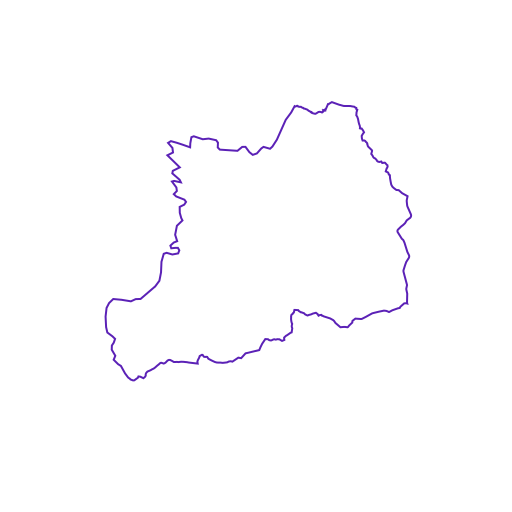 the district of Mataojo, Salto, Uruguay, rotated 44°
{"feature_id": "84410073B62667740173321", "entity_name": "Mataojo", "entity_type": "district", "adm_level": 2, "iso_a3": "URY", "parent_name": "Uruguay", "parent_adm1": "Salto", "projection": "albers", "projection_center": [-56.339, -31.222], "detail": "fine", "context": "isolated", "style": "outline", "palette": "violet", "viewbox_px": 512, "rotation_deg": 44, "n_neighbors": 0, "source": "geoboundaries", "source_scale": "gbopen_adm2", "svg_char_len": 5813}
<svg xmlns="http://www.w3.org/2000/svg" viewBox="0 0 512 512"><g transform="rotate(44 256 256)"><path d="M114.2,235.7L120.8,236.3L124.4,239.2L122.3,245.1L139.6,245.2L137.0,252.5L138.4,254.7L148.1,254.2L150.8,255.2L144.9,258.9L143.8,260.8L151.1,262.0L153.9,264.2L153.9,268.6L157.2,268.6L165.4,265.2L168.1,265.7L168.7,268.9L167.0,273.7L171.2,277.9L176.0,280.7L178.4,281.5L178.1,289.2L183.1,296.9L189.0,300.1L187.5,303.4L187.2,308.0L189.7,309.3L192.3,306.2L194.2,304.4L196.9,305.2L198.2,308.2L194.8,313.0L189.5,315.8L188.1,318.5L192.0,325.8L199.1,333.8L203.7,340.9L204.6,347.8L202.8,367.1L199.4,370.6L197.5,375.5L189.7,380.9L183.2,386.1L183.0,391.9L184.6,397.2L189.9,404.1L197.6,411.3L202.2,414.3L208.5,413.5L212.2,413.5L213.9,417.2L214.5,420.5L217.3,423.6L224.1,425.5L225.7,429.5L232.0,429.6L235.2,428.9L243.3,431.4L248.2,432.2L249.0,432.2L250.3,431.9L251.5,432.0L252.4,431.6L254.0,430.9L254.8,430.0L255.6,425.6L255.1,424.3L256.6,423.2L259.9,422.1L260.1,420.1L259.8,418.7L258.8,417.7L258.3,416.6L258.2,415.5L258.2,414.5L259.2,412.2L259.6,411.1L260.0,409.6L260.6,408.1L260.9,406.3L261.1,403.4L261.4,401.3L261.4,400.6L261.5,399.5L261.9,398.7L263.2,398.0L264.3,397.5L264.7,396.7L265.0,395.6L265.0,393.9L265.0,392.6L265.5,391.3L266.5,390.4L269.2,389.6L270.4,389.4L271.6,388.3L272.6,387.2L274.1,386.0L274.9,384.9L276.0,383.7L277.6,382.3L278.8,381.4L280.0,380.4L281.7,379.3L288.8,373.9L287.3,372.8L286.6,371.5L285.7,368.5L285.0,367.1L285.7,364.7L286.3,364.2L287.3,364.5L288.6,364.6L289.6,363.9L290.2,363.1L291.0,362.5L293.1,363.0L294.9,362.5L296.9,361.9L300.1,360.8L301.9,359.8L304.6,357.3L306.3,356.0L309.1,352.6L309.8,350.7L311.0,349.2L312.4,348.4L313.9,341.4L316.3,339.8L316.1,333.3L323.7,321.4L322.6,318.6L321.4,314.9L320.4,309.3L322.5,307.5L323.8,307.4L324.9,306.8L325.7,306.0L326.5,303.9L327.1,303.1L328.1,302.6L328.6,302.0L329.0,301.2L330.6,299.7L333.7,299.0L334.7,296.7L333.1,295.4L332.9,295.1L333.0,292.6L333.4,291.3L334.2,287.2L334.7,286.2L332.3,282.8L330.9,282.1L330.0,281.1L329.2,279.7L328.2,279.3L326.9,278.5L325.1,277.1L323.5,275.3L323.1,275.0L322.3,273.5L322.6,272.0L322.3,271.3L322.5,270.4L321.1,268.1L322.1,267.2L324.0,265.6L324.8,265.8L325.0,265.8L327.5,265.3L327.9,264.8L328.4,264.7L330.1,263.9L330.4,263.8L331.4,263.9L331.7,263.9L333.4,263.4L334.1,263.1L334.5,262.9L334.9,261.8L336.2,259.7L336.9,257.9L338.5,255.3L338.6,255.2L339.6,255.2L340.3,254.9L342.4,255.5L342.5,255.5L342.7,254.5L343.8,253.1L344.0,252.9L344.9,253.1L345.0,253.1L345.8,252.6L346.6,252.4L352.7,249.4L356.1,248.5L357.4,248.5L359.7,249.0L362.7,248.8L366.2,248.6L368.1,246.4L369.4,245.1L371.3,243.7L371.5,243.1L371.4,242.4L371.3,241.1L371.5,237.0L370.5,235.8L370.5,235.3L371.0,232.0L375.4,228.3L375.7,227.9L375.9,227.5L377.3,223.5L379.4,216.6L380.1,215.4L383.2,210.5L386.0,206.4L387.7,205.1L388.9,204.5L390.4,204.0L390.6,203.9L390.7,203.7L391.8,200.3L394.5,194.9L394.9,194.4L395.5,193.5L395.1,192.2L395.5,187.4L395.5,187.2L395.8,186.8L396.1,186.4L397.4,185.3L397.8,185.1L397.3,184.8L396.8,184.4L391.0,178.1L387.3,175.6L386.8,175.1L384.9,172.1L384.4,171.7L373.1,164.9L372.4,164.3L372.0,163.8L369.6,159.0L368.2,155.9L367.3,151.4L367.1,150.8L366.7,150.1L366.1,149.5L365.6,149.2L362.0,147.9L353.6,143.3L351.4,142.4L350.7,142.2L348.9,142.3L341.3,140.4L340.9,140.2L340.4,139.8L340.0,139.2L339.9,138.9L339.8,138.3L339.9,134.2L340.3,131.4L340.4,129.5L340.4,128.8L339.7,125.8L339.8,124.9L340.3,121.8L340.4,121.4L340.3,121.0L340.2,120.4L340.0,119.9L339.6,119.3L339.2,118.9L338.4,118.4L330.8,115.3L330.2,115.0L329.7,114.7L326.6,112.1L325.8,111.3L325.5,110.9L323.5,107.7L317.5,109.3L312.9,109.5L311.1,111.0L307.8,111.4L305.9,111.4L303.7,110.7L301.1,108.9L298.5,107.0L296.8,105.5L296.4,105.1L296.2,105.1L296.1,104.9L295.9,104.9L295.5,104.9L295.3,105.0L294.9,105.1L294.1,104.6L293.0,104.2L290.6,105.0L289.1,102.2L289.1,101.8L289.1,101.6L288.6,100.3L287.7,99.6L287.5,99.4L286.6,99.5L284.2,99.3L283.8,99.4L283.7,99.5L282.2,101.4L280.5,101.0L279.4,102.7L278.1,103.4L276.9,103.5L275.8,103.1L273.7,103.1L272.6,103.5L271.6,103.4L270.6,103.0L269.4,102.7L268.0,102.5L266.7,100.1L266.2,99.5L265.7,99.4L260.8,99.4L259.8,99.1L258.6,98.3L258.4,98.3L258.2,98.2L257.8,97.7L256.8,97.5L255.7,97.6L255.0,97.4L254.5,97.4L253.6,97.7L252.9,98.5L252.5,98.9L250.9,98.1L250.2,97.6L248.6,96.2L248.1,94.3L247.8,92.0L245.7,91.3L243.4,90.9L242.6,91.8L242.1,92.0L241.6,91.3L240.1,90.2L239.8,90.0L239.0,89.7L237.1,88.6L236.1,87.9L234.1,86.5L232.1,85.5L230.4,85.1L229.7,84.2L228.5,82.8L228.0,81.8L227.3,80.5L226.6,80.8L226.4,80.8L225.5,79.9L225.3,79.8L225.0,80.1L224.7,80.2L224.3,80.2L223.8,80.3L223.3,80.3L223.1,80.3L220.8,81.9L219.9,82.4L214.8,87.2L211.8,88.8L211.0,89.3L203.7,92.6L203.3,93.9L202.8,95.7L202.8,96.3L202.5,96.7L202.3,96.8L204.2,101.8L204.1,102.0L204.0,102.5L203.9,102.5L203.9,102.8L203.9,103.1L204.0,103.1L203.8,103.4L203.7,103.5L203.8,103.6L203.8,103.8L203.7,103.8L203.7,104.0L203.8,104.0L203.7,104.1L203.8,104.1L203.7,104.3L203.8,104.3L203.7,104.4L203.7,104.5L203.8,104.5L203.8,104.8L203.7,104.8L203.8,104.9L203.8,105.2L204.0,105.2L204.0,105.3L203.9,105.6L204.0,106.0L203.8,106.9L202.7,107.3L201.7,108.0L200.9,109.0L200.3,111.5L199.9,112.5L199.2,113.0L197.0,114.2L196.5,113.9L195.8,113.9L195.5,114.5L194.3,114.5L192.9,115.0L192.2,115.0L191.2,115.1L188.6,116.2L188.0,116.7L187.0,116.7L186.5,117.1L185.6,117.3L184.6,117.5L183.9,118.3L183.4,118.6L182.6,119.2L182.2,119.2L181.9,119.1L181.6,119.1L181.4,119.2L181.2,119.4L180.8,120.4L180.7,120.9L180.5,121.2L180.2,121.3L179.7,121.4L181.6,128.3L182.8,137.4L190.2,157.8L191.8,165.9L191.6,169.1L185.6,172.3L185.1,175.0L185.4,181.6L183.4,185.5L179.1,185.9L172.6,184.8L170.3,187.1L169.6,193.2L156.1,204.6L153.1,204.5L149.9,200.9L146.9,200.4L140.4,204.4L136.6,209.0L128.1,213.1L127.0,215.4L130.4,220.5L133.1,223.6L126.1,226.8L120.5,229.5L115.0,232.5L114.2,235.7Z" fill="none" stroke="#5b21b6" stroke-width="2"/></g></svg>